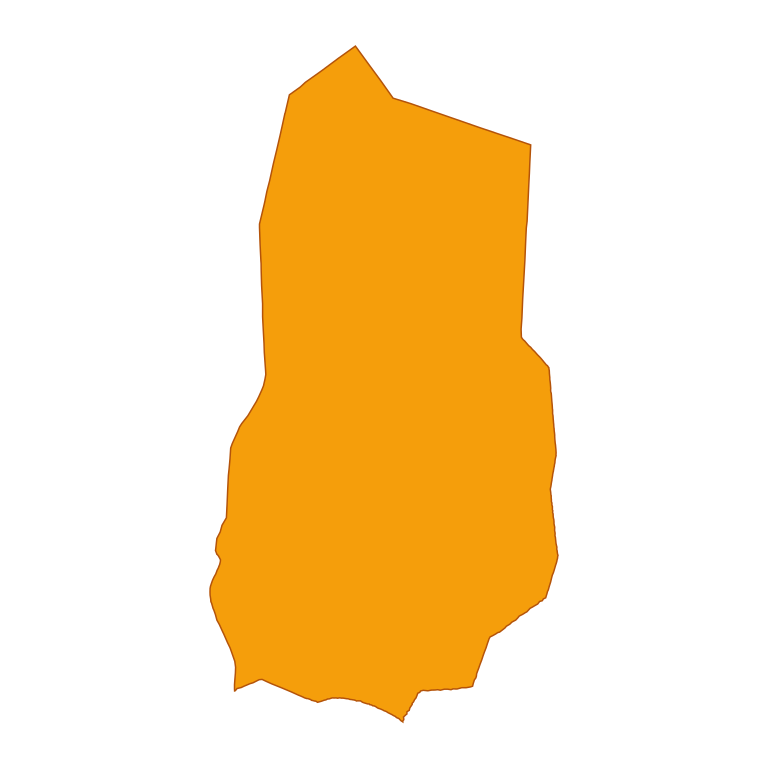 Koungheul, Kaffrine, Senegal
{"feature_id": "50182788B42114348275286", "entity_name": "Koungheul", "entity_type": "district", "adm_level": 2, "iso_a3": "SEN", "parent_name": "Senegal", "parent_adm1": "Kaffrine", "projection": "natural_earth1", "projection_center": [-14.806, 14.237], "detail": "fine", "context": "isolated", "style": "filled", "palette": "amber", "viewbox_px": 768, "rotation_deg": 0, "n_neighbors": 0, "source": "geoboundaries", "source_scale": "gbopen_adm2", "svg_char_len": 5691}
<svg xmlns="http://www.w3.org/2000/svg" viewBox="0 0 768 768"><path d="M234.6,690.9L235.3,690.7L237.1,688.5L241.3,687.5L244.0,686.2L246.9,685.0L249.9,683.7L253.0,682.8L259.1,679.7L262.1,679.4L266.3,681.4L271.6,683.8L281.8,687.9L291.3,691.9L298.8,695.3L299.5,695.5L300.0,695.8L300.6,696.0L301.5,696.4L302.6,696.9L303.5,697.3L304.4,697.8L306.0,698.3L306.9,698.6L307.9,698.6L310.7,699.6L311.5,700.3L313.1,700.6L314.3,701.0L315.9,701.2L317.5,702.3L319.4,701.8L320.9,701.4L322.4,700.9L324.2,700.2L325.9,699.9L327.5,699.0L329.2,698.9L331.2,698.2L332.4,697.9L334.3,698.0L336.0,697.9L337.6,698.2L339.7,697.8L341.2,698.1L343.1,698.1L344.8,698.4L346.5,698.7L348.3,698.8L349.8,699.4L351.8,699.6L353.2,699.9L353.9,699.9L354.8,700.2L355.5,700.4L356.3,700.9L356.6,701.0L357.8,700.8L358.1,700.8L359.0,700.9L360.4,700.8L361.8,701.8L362.6,702.3L364.0,702.8L365.9,703.4L367.6,703.9L369.3,704.0L369.8,704.7L371.5,704.9L372.3,705.5L373.1,705.9L374.0,705.8L375.8,706.7L377.5,707.9L378.6,708.4L380.3,708.9L382.6,709.9L384.2,710.8L385.5,711.2L386.4,711.6L387.9,712.6L389.7,713.5L392.3,714.8L393.3,715.5L395.3,716.4L396.3,717.4L397.1,717.8L397.3,718.0L398.0,718.1L399.2,718.8L400.0,719.7L401.3,721.0L402.1,721.4L402.8,721.9L402.8,721.1L403.1,720.5L403.7,719.9L403.8,719.4L403.5,717.0L404.8,715.8L405.6,715.0L406.9,714.0L406.9,711.9L407.5,711.4L409.2,710.4L409.9,707.8L410.8,706.5L412.2,704.4L412.1,703.4L413.5,701.9L414.6,699.6L415.9,698.1L416.9,695.7L417.8,693.2L419.7,692.4L420.6,691.0L421.0,690.9L423.2,690.3L425.1,690.5L427.9,690.8L431.4,690.1L435.1,690.0L437.7,689.7L440.4,690.2L444.3,689.2L447.8,689.2L451.0,689.7L453.0,688.9L457.0,689.0L461.8,687.7L466.2,687.7L470.6,686.9L472.3,686.3L472.6,686.2L472.9,684.9L473.4,683.0L474.4,679.9L475.8,678.0L476.4,676.1L476.6,673.8L477.7,670.8L478.7,668.2L480.0,664.4L481.7,660.0L482.1,658.8L483.0,656.0L484.3,652.3L486.1,647.7L487.4,643.6L489.1,638.7L490.1,636.9L492.6,635.7L495.8,633.9L497.7,632.6L499.6,632.1L502.6,629.8L504.9,628.0L506.4,626.2L509.8,624.2L511.9,622.1L514.5,620.7L515.7,620.1L517.6,618.1L519.3,616.0L522.7,614.3L525.2,612.7L526.9,611.8L530.1,608.3L532.2,607.2L534.7,605.7L537.7,604.0L539.6,601.5L542.3,600.7L543.4,598.9L545.7,597.8L546.2,596.1L547.0,593.5L547.5,591.5L548.3,589.9L549.1,586.9L549.9,584.3L550.6,582.1L551.2,579.6L551.8,577.1L552.3,575.2L553.4,572.6L554.0,570.7L554.5,569.0L555.0,567.3L555.6,565.2L556.2,563.5L556.7,561.8L557.1,559.7L557.5,558.4L557.7,556.4L558.0,555.2L557.8,554.8L557.6,554.3L557.5,553.7L557.3,552.3L557.1,550.5L556.8,549.6L556.8,548.0L556.9,547.1L556.6,546.1L556.0,543.4L555.8,541.4L555.6,539.4L555.4,537.3L555.0,535.9L555.1,533.1L554.6,530.5L554.7,527.1L554.4,525.8L554.0,523.8L554.0,521.9L553.8,519.6L553.4,517.9L553.2,516.5L553.1,513.9L552.6,512.5L552.8,510.7L552.4,509.8L552.4,506.4L551.9,505.0L551.9,503.0L551.4,501.5L551.4,499.4L551.2,497.9L551.2,495.7L550.9,494.8L550.8,493.5L550.7,492.2L550.5,490.8L550.3,489.6L550.4,488.5L550.8,486.8L551.0,485.6L551.2,484.3L551.3,483.4L551.7,481.2L551.9,480.3L552.0,479.1L552.3,477.3L552.6,475.4L552.7,474.4L552.8,473.8L552.9,473.5L553.0,472.8L553.1,472.2L553.4,471.3L553.4,471.0L553.6,469.8L554.0,467.4L554.3,466.3L554.4,464.9L554.9,462.8L555.0,461.2L555.2,459.4L555.6,457.6L555.9,456.4L556.1,455.6L556.0,455.1L556.0,454.3L556.1,452.9L556.0,451.1L555.9,449.3L555.7,447.3L555.5,444.9L555.2,443.1L555.0,440.9L554.8,438.8L554.8,438.1L554.7,436.8L554.7,435.0L554.5,432.9L554.2,430.8L554.1,428.6L553.9,427.5L553.8,426.2L553.7,424.2L553.5,422.6L553.4,420.8L553.2,419.0L553.1,417.3L553.0,415.8L552.8,414.7L552.6,413.6L552.6,412.7L552.6,411.4L552.6,409.8L552.4,408.7L552.3,406.6L552.2,405.2L552.1,404.0L551.8,401.0L551.7,399.3L551.6,398.1L551.5,396.7L551.4,395.2L551.2,393.0L550.8,392.2L550.6,390.2L550.7,388.2L550.5,385.4L550.3,383.0L550.1,381.5L549.8,379.4L549.8,377.5L549.6,375.6L549.4,373.4L549.3,370.7L548.9,368.6L548.9,367.8L548.2,366.9L547.4,365.6L546.3,364.9L544.7,362.9L543.5,361.5L543.0,360.8L542.5,360.3L542.4,360.1L540.8,358.2L539.7,357.0L537.4,354.7L534.8,351.7L532.4,349.4L530.7,347.3L528.7,345.7L526.9,343.6L524.7,341.0L523.4,339.9L522.5,338.9L521.4,337.2L521.1,329.2L521.9,318.2L522.7,298.8L523.8,279.5L524.9,260.1L525.7,240.7L526.3,228.0L527.1,221.2L528.0,201.9L528.9,182.5L529.4,173.2L529.8,163.1L530.7,144.9L514.1,139.2L496.8,133.4L479.6,127.6L462.4,121.6L452.0,118.0L451.7,117.9L445.1,115.6L428.4,109.8L410.7,103.6L393.1,98.2L380.8,80.8L368.3,63.8L355.4,46.1L338.5,58.2L322.0,70.5L305.4,82.3L300.2,87.1L289.4,94.8L285.4,112.0L285.2,112.9L284.9,113.5L282.4,125.0L280.1,135.4L276.8,149.6L273.5,163.2L269.7,180.5L266.9,191.3L265.4,198.7L265.1,200.3L264.2,204.4L259.5,224.0L259.5,227.5L259.8,235.9L260.1,244.4L260.5,252.8L260.9,260.7L261.1,263.6L261.2,270.8L261.4,278.0L261.6,285.2L262.6,303.8L262.6,316.8L263.5,334.1L264.0,343.1L264.3,352.4L265.6,370.7L265.8,374.5L265.0,379.1L263.5,385.8L261.8,390.0L258.7,396.9L256.3,401.7L255.9,402.3L255.6,402.8L255.2,403.5L254.4,404.8L250.7,411.0L247.9,415.7L241.7,423.6L239.6,426.9L237.6,431.8L237.0,433.1L232.3,443.5L230.7,448.0L230.0,458.8L229.1,468.7L228.4,475.3L227.7,489.4L227.1,503.6L226.4,517.8L222.0,525.3L220.2,532.0L216.9,538.4L216.5,541.7L215.7,549.2L215.5,550.5L216.9,554.3L217.1,554.3L218.4,555.9L219.9,558.6L220.4,559.7L220.5,559.8L220.3,561.9L219.6,564.7L218.9,566.3L218.3,568.0L217.1,570.3L215.8,573.9L214.1,576.9L212.6,580.1L211.8,582.3L210.5,586.2L210.1,588.4L210.0,591.9L210.1,595.2L210.7,599.1L210.9,601.7L211.6,603.2L213.1,608.5L213.9,610.2L215.4,614.5L216.9,620.1L219.4,624.6L221.9,630.1L223.4,633.3L223.4,633.2L227.6,642.8L230.0,647.7L230.3,648.5L231.9,653.0L234.8,661.3L235.6,667.3L235.4,673.0L234.8,680.5L234.5,684.6L234.5,689.2L234.6,690.9Z" fill="#f59e0b" stroke="#b45309" stroke-width="1.5"/></svg>